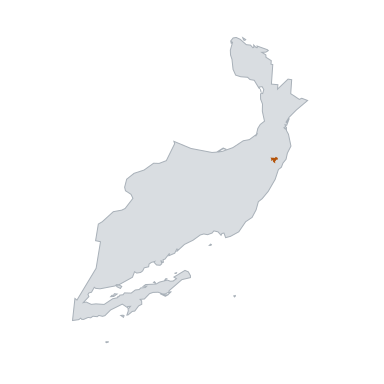 Putla Villa de Guerrero, Oaxaca, Mexico shown in context, rotated 276°
{"feature_id": "50627088B16530666088464", "entity_name": "Putla Villa de Guerrero", "entity_type": "district", "adm_level": 2, "iso_a3": "MEX", "parent_name": "Mexico", "parent_adm1": "Oaxaca", "projection": "orthographic", "projection_center": [-97.862, 16.982], "detail": "fine", "context": "in_parent", "style": "filled", "palette": "amber", "viewbox_px": 384, "rotation_deg": 276, "n_neighbors": 0, "source": "geoboundaries", "source_scale": "gbopen_adm2", "svg_char_len": 4876}
<svg xmlns="http://www.w3.org/2000/svg" viewBox="0 0 384 384"><g transform="rotate(276 192 192)"><path d="M51.7,86.6L73.9,86.7L72.5,88.9L106.1,104.6L133.0,106.2L133.5,101.2L150.3,102.2L153.0,105.8L164.2,115.8L166.6,124.0L168.6,127.2L179.5,133.9L183.3,131.6L186.3,125.7L189.7,124.5L197.9,125.7L204.5,132.4L208.8,142.0L216.6,150.8L217.0,156.3L220.5,163.2L238.2,169.7L240.5,168.7L235.2,186.4L233.4,207.7L234.2,212.3L239.0,218.4L238.0,221.7L238.3,218.4L234.3,213.2L235.6,218.0L240.4,228.0L248.3,237.6L250.1,243.6L255.7,249.7L254.1,249.5L257.3,251.0L256.3,250.1L262.1,250.8L266.3,252.8L270.0,256.7L279.7,253.5L286.9,252.9L291.6,250.5L296.6,249.9L297.6,250.7L297.3,252.0L301.4,252.7L304.1,250.7L303.3,247.5L302.0,248.4L302.3,247.7L309.6,242.2L309.9,237.9L311.9,235.3L311.7,228.4L312.8,223.2L318.3,220.0L328.1,217.9L332.3,216.0L337.1,215.3L345.1,216.7L345.6,215.6L343.6,215.6L346.2,214.7L349.5,216.8L350.3,219.8L348.9,224.0L344.2,230.6L344.2,234.8L341.8,237.5L342.3,238.4L344.6,238.0L342.3,240.7L342.4,241.8L344.0,241.4L341.4,252.1L340.6,253.1L338.8,250.8L338.2,246.8L336.1,251.1L333.7,251.5L330.9,257.1L327.4,257.2L327.2,259.0L307.6,259.7L307.7,266.2L303.2,266.3L314.3,275.7L314.1,279.4L300.1,279.9L295.3,289.1L296.7,291.3L295.1,297.4L284.7,287.4L276.4,280.7L271.3,278.2L270.8,278.8L275.4,281.1L268.2,279.2L268.7,277.5L266.8,278.2L265.5,276.7L264.3,278.3L266.7,279.1L263.0,279.5L259.5,281.9L248.0,285.6L240.6,282.8L234.4,282.1L230.2,279.4L226.0,278.3L223.4,275.6L213.3,273.4L200.7,267.8L192.7,262.5L189.3,259.0L180.9,257.6L173.0,254.4L168.1,248.5L157.3,242.7L151.9,234.9L150.1,230.2L154.5,228.1L153.9,226.1L152.0,225.4L155.1,222.0L155.6,217.8L153.3,216.3L151.2,212.0L151.5,208.1L150.1,204.7L144.1,198.0L139.1,190.0L131.1,182.9L133.4,184.3L133.7,182.8L129.3,181.2L126.3,175.8L128.6,176.0L122.4,172.1L121.6,170.3L119.1,170.9L118.8,170.0L120.8,168.1L117.5,169.5L115.8,167.9L115.7,164.4L118.2,161.5L119.0,162.1L117.7,158.9L115.8,156.8L113.1,156.7L111.6,152.4L108.4,151.2L106.6,149.3L105.6,145.5L106.7,143.2L101.0,141.7L92.3,129.3L92.0,126.5L90.6,125.5L86.1,110.6L86.1,106.2L87.0,104.8L81.8,102.5L80.9,100.1L79.3,99.2L77.2,100.4L70.6,95.4L71.5,98.3L69.7,103.6L70.7,108.1L71.0,116.4L77.5,124.2L79.2,129.3L80.4,129.2L80.8,130.7L81.9,131.0L82.6,134.2L84.6,135.4L85.1,142.1L88.6,145.8L89.5,149.7L91.2,151.0L92.1,155.6L93.6,156.8L93.1,153.4L95.1,155.5L96.7,165.9L99.0,169.1L101.8,176.7L101.0,179.8L101.5,182.6L104.2,185.6L105.5,182.9L113.3,193.2L112.2,196.7L108.6,199.2L106.7,199.4L103.8,191.1L91.4,179.5L90.2,179.6L87.8,176.0L87.5,173.7L88.8,168.8L88.1,163.9L86.5,160.4L80.6,155.8L79.8,151.6L78.4,153.3L75.1,153.8L73.1,150.8L67.6,147.5L67.0,145.1L63.1,141.3L62.8,140.1L67.2,141.1L70.0,140.4L69.8,141.4L71.9,142.8L71.4,140.0L70.4,139.7L73.2,134.4L66.2,123.4L59.9,118.3L59.0,116.0L59.5,112.2L58.1,110.8L58.1,106.5L56.3,104.4L56.4,101.8L54.0,97.6L53.8,95.7L54.9,94.5L53.2,92.7L51.7,86.6ZM91.8,129.4L90.8,132.0L88.6,130.9L90.0,127.1L91.4,126.8L91.8,129.4ZM82.7,128.2L79.9,125.1L79.4,122.1L80.9,123.2L81.1,124.8L82.7,125.4L82.7,128.2ZM349.2,229.5L348.3,228.7L348.6,227.4L350.8,226.3L349.2,229.5ZM87.6,179.4L85.5,176.4L87.5,171.0L86.6,175.9L87.6,179.4ZM61.9,137.4L60.2,136.9L61.8,134.1L62.3,136.3L61.9,137.4ZM34.3,124.9L33.2,122.8L33.6,122.0L34.1,122.1L34.3,124.9ZM89.6,179.6L90.9,181.9L88.1,179.5L89.6,179.6ZM142.1,215.9L141.7,216.8L140.9,216.4L140.7,214.8L142.1,215.9ZM102.9,174.8L103.3,176.5L101.9,174.3L102.9,174.8ZM98.1,163.2L98.9,164.0L97.5,165.5L98.1,163.2ZM93.6,245.9L93.0,246.0L92.1,245.3L93.0,244.4L93.6,245.9ZM300.0,249.8L298.3,250.3L301.3,249.2L300.0,249.8ZM110.1,185.0L109.3,184.7L109.3,183.1L110.1,185.0Z" fill="#d9dde1" stroke="#a8b0b8" stroke-width="1"/><path d="M230.9,270.3L230.6,270.8L231.2,270.7L231.3,270.6L231.8,270.5L232.1,270.7L232.3,270.9L232.3,271.1L232.2,271.1L232.3,271.1L232.2,271.1L232.3,271.2L232.3,271.3L232.4,271.5L232.4,271.4L232.5,271.4L232.5,271.5L232.8,271.6L233.0,271.5L233.3,271.5L233.2,271.4L233.1,271.2L233.3,271.1L233.6,271.2L233.7,270.9L233.8,270.9L233.7,270.8L233.6,271.0L233.6,270.9L233.6,270.7L233.6,270.3L233.5,270.1L233.5,269.8L233.4,269.8L233.5,269.7L233.4,269.5L233.4,269.4L233.4,269.5L233.3,269.4L233.4,269.2L233.5,269.1L233.8,269.0L233.8,268.9L233.7,268.8L233.8,268.8L233.8,268.7L233.7,268.5L233.7,268.4L233.7,268.2L233.6,268.3L233.6,268.2L233.6,268.3L233.5,268.2L233.4,268.2L233.2,268.0L233.0,268.3L232.9,268.3L233.0,268.4L233.0,268.6L232.9,268.6L233.0,268.7L232.9,268.7L233.0,268.7L232.9,268.7L232.9,268.8L233.0,268.9L232.9,268.9L232.9,269.0L233.0,269.3L233.1,269.6L232.9,269.8L232.7,269.8L232.4,270.0L232.2,270.0L231.9,270.1L231.6,270.2L231.5,270.3L231.3,270.1L231.1,270.1L230.9,270.3ZM234.6,272.4L234.4,272.4L234.4,272.5L234.2,272.6L234.1,272.4L233.8,272.5L233.8,272.8L233.7,272.8L233.7,273.0L233.8,273.0L234.2,273.1L234.3,273.0L234.4,272.9L234.5,272.6L234.6,272.4L234.6,272.4Z" fill="#f59e0b" stroke="#b45309" stroke-width="1.5"/></g></svg>